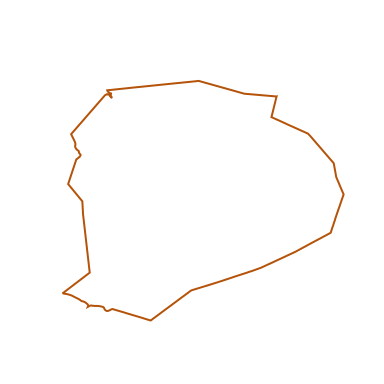 outline of Songino, Dzavhan, Mongolia, rotated 348°
{"feature_id": "93677404B94463356212555", "entity_name": "Songino", "entity_type": "district", "adm_level": 2, "iso_a3": "MNG", "parent_name": "Mongolia", "parent_adm1": "Dzavhan", "projection": "equal_earth", "projection_center": [95.763, 48.99], "detail": "fine", "context": "isolated", "style": "outline", "palette": "amber", "viewbox_px": 384, "rotation_deg": 348, "n_neighbors": 0, "source": "geoboundaries", "source_scale": "gbopen_adm2", "svg_char_len": 2516}
<svg xmlns="http://www.w3.org/2000/svg" viewBox="0 0 384 384"><g transform="rotate(348 192 192)"><path d="M130.2,74.9L130.2,75.2L130.4,75.8L130.8,76.4L131.1,77.2L132.0,77.8L132.1,78.0L131.9,78.2L131.9,78.4L132.1,78.4L133.0,78.6L133.3,78.8L133.2,79.2L133.0,79.6L132.5,79.9L132.0,80.1L131.8,80.2L132.1,80.5L132.6,80.9L132.7,81.2L132.7,81.4L132.7,81.6L132.8,81.8L133.0,82.0L133.1,82.3L133.1,82.7L132.9,82.9L132.6,82.7L132.3,82.2L132.3,81.6L132.1,81.4L131.7,81.1L131.6,80.5L131.4,80.1L131.2,79.7L130.5,79.3L130.0,79.2L129.8,79.1L129.6,78.9L129.5,78.7L129.3,78.6L128.7,78.8L127.9,79.0L127.0,79.3L125.2,80.6L85.8,110.3L87.7,117.8L88.0,119.9L87.9,121.1L87.1,123.2L87.4,125.0L87.7,125.7L88.0,126.3L88.6,127.1L89.3,127.9L89.6,128.2L89.7,128.8L89.7,129.2L89.7,130.0L89.8,130.7L90.3,131.5L90.6,132.0L90.7,132.5L90.4,133.3L89.5,134.1L88.3,134.8L85.6,136.1L72.5,158.5L82.8,178.3L80.8,191.1L75.2,249.6L44.2,264.3L44.5,264.3L46.8,265.2L49.0,266.1L50.5,266.9L51.8,267.6L53.0,268.4L54.7,269.8L56.9,271.6L58.0,272.4L59.4,273.6L60.8,275.2L61.4,275.8L61.9,276.0L62.6,276.3L63.6,276.9L64.9,278.0L66.3,279.8L66.8,280.7L66.8,281.0L66.8,281.6L66.7,282.0L66.2,282.7L68.3,282.1L68.8,282.0L69.4,282.0L70.3,282.2L70.9,282.5L72.1,282.9L72.8,283.1L74.0,283.4L76.4,283.9L77.7,284.4L79.4,285.1L80.4,285.6L81.0,285.9L81.4,286.3L81.7,286.6L81.8,287.1L82.0,287.8L82.3,288.9L82.8,289.7L83.3,290.2L84.0,290.7L84.7,290.8L85.5,290.8L86.0,290.7L86.7,290.6L87.2,290.5L88.1,290.2L88.7,290.0L89.8,289.9L101.8,296.4L102.1,296.6L116.6,304.5L120.3,306.6L124.9,309.1L129.4,307.0L134.1,304.9L137.5,303.3L157.0,294.4L160.4,292.8L160.5,292.8L165.1,290.7L167.2,289.8L167.2,289.7L170.8,288.1L176.3,287.6L195.5,285.9L213.4,284.0L213.8,283.9L221.3,283.1L229.3,282.3L229.8,282.2L232.3,281.9L232.8,281.9L234.6,281.7L243.9,280.4L280.6,272.0L298.8,266.6L299.6,266.4L319.2,260.7L320.6,258.2L320.9,257.8L322.4,255.1L322.8,254.6L324.6,251.4L325.3,250.3L327.0,247.2L329.9,242.3L330.2,241.9L330.6,241.2L330.9,240.6L332.2,238.5L333.3,236.8L333.5,236.4L334.3,235.0L334.5,234.7L339.8,225.9L339.3,223.3L337.7,215.2L337.6,214.6L337.1,212.0L336.2,207.5L336.2,206.6L336.3,204.1L336.4,200.8L336.6,193.3L322.0,166.7L318.9,161.1L318.7,160.9L317.6,159.0L315.5,157.5L314.2,156.5L311.1,154.3L306.8,151.1L306.2,150.7L305.8,150.4L304.6,149.5L299.1,145.5L298.9,145.3L285.3,135.3L294.6,116.1L294.4,116.1L263.5,106.7L249.5,99.3L249.2,99.2L248.7,98.9L221.6,84.7L218.3,84.4L187.3,81.0L187.2,81.0L165.0,78.6L157.8,77.8L153.0,77.3L130.2,74.9Z" fill="none" stroke="#b45309" stroke-width="2"/></g></svg>